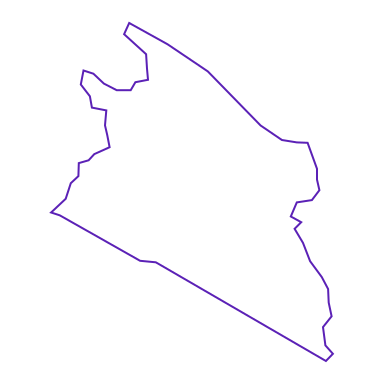 outline of Frutuoso Gomes, Rio Grande do Norte, Brazil
{"feature_id": "56859067B91987340852019", "entity_name": "Frutuoso Gomes", "entity_type": "district", "adm_level": 2, "iso_a3": "BRA", "parent_name": "Brazil", "parent_adm1": "Rio Grande do Norte", "projection": "albers", "projection_center": [-37.841, -6.16], "detail": "fine", "context": "isolated", "style": "outline", "palette": "violet", "viewbox_px": 384, "rotation_deg": 0, "n_neighbors": 0, "source": "geoboundaries", "source_scale": "gbopen_adm2", "svg_char_len": 735}
<svg xmlns="http://www.w3.org/2000/svg" viewBox="0 0 384 384"><path d="M317.0,168.8L307.6,142.8L296.8,142.4L281.9,140.0L260.6,125.5L207.8,71.4L167.6,44.3L129.2,23.0L124.1,34.2L146.1,54.2L147.0,68.6L148.0,79.8L135.4,82.2L130.7,90.2L116.7,90.2L103.9,83.6L93.4,73.7L83.5,70.5L80.8,84.5L89.9,96.3L91.9,107.6L106.3,110.4L105.0,125.4L107.2,134.9L109.6,147.2L94.3,154.1L88.6,160.3L78.8,163.1L78.4,176.1L70.8,183.2L65.7,198.8L51.1,212.5L59.7,215.3L140.1,260.8L155.8,262.3L325.9,361.0L332.9,353.8L325.4,345.4L323.0,327.1L331.6,316.3L328.7,302.6L328.1,289.0L321.8,277.1L310.1,261.2L303.0,242.9L294.6,228.8L301.2,222.2L290.8,216.5L296.8,202.4L311.9,200.1L319.4,190.2L317.0,179.6L317.0,168.8Z" fill="none" stroke="#5b21b6" stroke-width="2"/></svg>